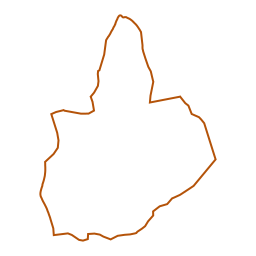 As Sudah, Amran, Yemen (Mercator projection)
{"feature_id": "15242507B6956753308423", "entity_name": "As Sudah", "entity_type": "district", "adm_level": 2, "iso_a3": "YEM", "parent_name": "Yemen", "parent_adm1": "Amran", "projection": "mercator", "projection_center": [43.761, 15.968], "detail": "fine", "context": "isolated", "style": "outline", "palette": "amber", "viewbox_px": 256, "rotation_deg": 0, "n_neighbors": 0, "source": "geoboundaries", "source_scale": "gbopen_adm2", "svg_char_len": 2819}
<svg xmlns="http://www.w3.org/2000/svg" viewBox="0 0 256 256"><path d="M53.8,235.1L57.2,234.7L58.0,234.6L67.9,233.4L71.7,234.9L71.9,235.0L77.2,238.6L77.5,238.8L77.9,239.1L79.1,239.9L83.0,240.6L87.8,239.1L88.1,234.0L94.4,233.6L99.8,234.6L103.4,236.6L110.7,239.4L111.0,239.2L117.7,235.8L124.7,234.8L130.1,234.4L135.0,233.4L136.3,233.0L137.4,231.7L138.6,230.9L141.9,228.7L145.1,226.2L148.1,221.3L153.2,215.5L153.1,211.4L159.7,206.3L167.2,204.1L172.1,198.4L174.0,197.6L179.7,195.0L180.4,194.6L187.9,189.7L193.6,185.9L215.6,159.4L213.0,151.2L204.2,123.2L201.1,119.4L199.0,117.2L191.7,114.0L188.4,105.6L185.3,103.2L181.9,98.9L180.1,96.6L179.9,96.7L149.9,102.5L150.5,95.7L153.3,81.7L153.2,81.5L152.0,76.5L150.8,71.4L148.3,66.8L145.4,58.4L143.2,51.5L142.9,49.9L142.7,49.5L142.6,49.0L142.5,47.9L142.5,47.5L142.5,47.0L142.5,46.5L142.5,46.1L142.5,45.2L141.0,32.0L140.7,31.6L140.4,31.0L140.1,30.5L139.5,29.4L139.0,28.8L138.6,28.1L138.2,27.5L137.8,26.9L137.2,26.1L137.0,25.8L136.8,25.5L136.5,25.2L136.2,24.8L135.7,24.3L135.4,23.9L134.9,23.5L134.5,23.1L134.1,22.7L133.8,22.4L133.6,22.1L133.3,21.8L132.9,21.6L132.5,21.0L132.2,20.8L131.8,20.5L131.5,20.2L130.9,19.8L130.3,19.3L130.0,19.2L129.6,18.9L129.2,18.7L128.9,18.5L128.4,18.4L128.0,18.1L127.6,18.0L127.3,17.8L126.7,17.5L126.4,17.3L126.0,17.1L125.6,17.1L125.0,17.1L124.3,17.2L123.9,17.4L123.5,17.4L123.1,17.4L122.7,17.2L122.1,16.6L121.7,16.1L121.4,15.8L121.1,15.6L120.7,15.4L120.3,15.4L120.0,15.4L119.4,15.6L119.0,16.0L118.7,16.3L118.5,16.7L118.1,17.2L117.9,17.6L117.6,18.2L117.4,18.8L117.2,19.3L117.0,19.7L116.7,20.2L116.6,20.5L116.3,21.0L116.1,21.7L115.8,22.3L115.7,22.7L115.6,23.1L115.4,23.4L115.3,24.0L115.2,24.5L114.9,24.8L114.7,25.3L114.5,25.8L114.2,26.3L114.0,26.6L113.7,27.0L113.6,27.4L113.4,27.7L113.1,28.3L112.9,28.9L112.7,29.3L112.4,29.7L112.2,30.1L111.9,30.4L111.7,30.8L111.6,31.1L111.1,31.9L110.8,32.5L110.4,33.4L109.9,34.3L109.5,34.9L109.3,35.2L109.0,35.8L108.5,36.4L108.2,36.7L108.0,37.1L107.7,37.6L107.3,38.2L107.0,38.7L106.6,39.3L106.4,39.7L106.1,40.2L104.2,54.5L99.4,70.3L98.1,71.0L97.8,74.0L98.5,81.2L97.9,85.9L94.1,92.6L90.7,96.7L91.0,97.2L91.0,97.6L91.2,98.0L91.4,98.7L91.5,99.1L91.7,99.5L91.9,100.0L92.0,100.5L92.2,100.9L92.3,101.3L92.5,101.7L94.0,110.6L88.6,113.6L81.1,113.7L64.5,110.7L63.6,110.1L63.3,110.2L61.4,110.7L56.1,112.0L51.3,114.1L57.2,132.8L58.5,140.4L57.8,147.8L53.6,154.0L45.1,161.9L45.2,163.6L45.2,165.5L45.3,167.2L45.3,169.1L45.3,170.7L45.2,172.2L45.0,174.1L44.8,175.9L44.4,177.7L44.0,179.4L43.6,180.9L43.1,182.5L42.5,184.3L42.3,186.0L41.7,187.6L41.2,189.3L40.7,191.2L40.4,193.1L40.4,194.6L40.7,196.3L41.6,198.2L42.2,199.6L43.0,201.3L44.0,203.1L44.8,204.6L45.5,206.0L46.3,207.6L47.0,209.2L47.6,211.0L48.3,212.6L49.0,214.7L49.6,216.3L50.1,217.7L50.5,219.2L53.3,228.4L53.7,233.9L53.8,235.1Z" fill="none" stroke="#b45309" stroke-width="2"/></svg>